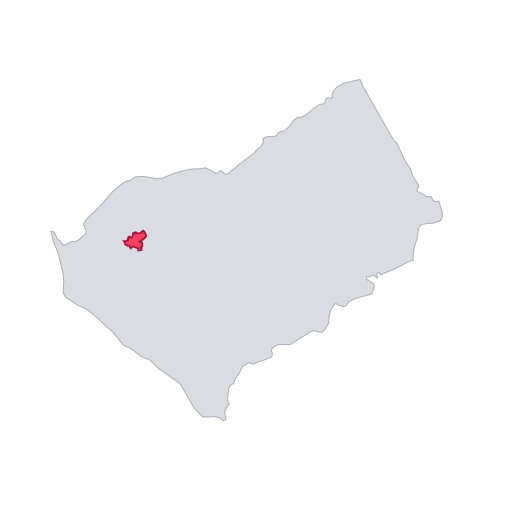 location of Bibiani-anhwiaso-bekwai Municipal, Western, Ghana, rotated 61°
{"feature_id": "2480657B81329004729189", "entity_name": "Bibiani-anhwiaso-bekwai Municipal", "entity_type": "district", "adm_level": 2, "iso_a3": "GHA", "parent_name": "Ghana", "parent_adm1": "Western", "projection": "orthographic", "projection_center": [-2.296, 6.295], "detail": "fine", "context": "in_parent", "style": "filled", "palette": "rose", "viewbox_px": 512, "rotation_deg": 61, "n_neighbors": 0, "source": "geoboundaries", "source_scale": "gbopen_adm2", "svg_char_len": 6508}
<svg xmlns="http://www.w3.org/2000/svg" viewBox="0 0 512 512"><g transform="rotate(61 256 256)"><path d="M309.9,72.4L313.6,75.9L314.4,77.9L313.1,85.4L310.5,90.7L308.8,95.7L309.1,98.1L310.7,100.6L316.3,104.5L319.2,107.0L322.6,110.8L326.5,114.5L333.2,119.3L336.0,120.2L335.9,121.5L335.0,123.4L334.5,141.5L334.0,146.2L333.6,148.5L333.0,155.3L332.3,156.3L331.0,156.2L329.9,156.5L329.6,157.8L330.1,159.2L334.1,160.2L333.2,161.2L330.3,162.1L328.9,164.2L329.5,166.5L327.9,168.4L328.4,169.6L329.4,170.5L331.1,170.2L335.8,167.0L337.8,166.7L340.2,167.3L344.7,172.1L344.9,174.4L343.2,182.4L341.4,188.6L341.1,196.8L343.1,201.4L342.8,203.9L340.8,206.1L336.2,209.3L336.6,211.5L338.7,215.5L342.6,220.0L350.3,225.5L354.4,232.7L354.5,235.7L352.2,238.7L349.5,241.2L348.6,245.0L350.0,269.3L344.0,279.9L344.0,282.9L344.6,286.4L346.2,288.5L349.3,289.0L351.9,291.1L351.0,298.5L349.7,306.1L349.5,309.7L348.8,311.5L346.4,312.9L345.6,315.3L346.2,318.2L345.7,320.4L347.1,323.2L349.8,326.7L354.3,335.4L356.0,336.1L356.8,337.9L356.3,339.7L358.1,343.5L363.1,347.4L368.3,350.7L372.5,351.1L373.5,354.2L376.3,358.0L378.3,359.6L381.5,360.7L384.1,361.3L384.3,364.5L379.5,366.8L376.4,370.1L374.0,375.3L370.6,380.9L359.0,383.9L354.5,383.9L330.7,384.2L308.4,395.3L295.5,399.3L287.6,405.5L276.9,410.0L269.5,415.3L254.1,417.9L228.7,426.4L220.8,429.7L212.7,435.6L199.7,442.5L194.5,442.4L184.3,436.0L176.6,432.8L157.8,427.8L143.8,425.9L137.0,423.8L135.1,423.5L136.7,421.1L140.6,421.0L144.7,421.7L147.9,420.0L152.4,419.7L153.6,417.9L154.0,413.3L154.0,409.5L155.6,407.9L156.0,403.4L153.7,393.7L152.1,392.6L144.0,391.2L143.4,389.2L141.9,387.2L140.3,382.2L138.6,374.7L135.7,365.4L130.2,350.1L128.9,344.7L127.9,339.1L127.7,332.6L128.9,330.1L128.7,326.7L128.2,323.3L132.1,315.5L139.7,306.0L141.3,302.6L142.7,300.2L142.9,296.8L144.3,285.6L147.9,272.2L150.2,267.2L151.8,264.4L153.6,259.9L154.1,257.9L161.1,252.6L164.3,251.2L165.0,249.1L163.9,246.8L164.4,245.3L166.1,244.5L168.6,243.9L170.5,241.7L167.6,225.2L165.2,208.7L165.1,207.3L163.7,205.0L162.3,198.2L159.9,194.2L156.7,193.1L156.7,189.3L160.0,183.0L160.9,179.2L159.3,178.1L159.0,175.2L160.2,170.6L159.6,167.7L159.0,164.6L155.6,157.4L154.8,152.3L156.5,149.3L156.5,142.8L154.7,132.7L154.4,126.3L155.6,123.7L155.0,121.1L152.5,118.7L152.4,116.4L154.5,114.2L154.2,112.4L151.6,111.1L149.2,108.0L147.2,103.1L147.6,95.2L151.6,80.7L152.1,79.5L156.5,79.6L156.5,80.2L170.4,80.1L186.3,79.9L205.2,79.7L222.4,79.5L223.2,78.9L226.0,78.1L243.4,79.5L254.3,78.8L258.9,79.2L262.3,80.2L269.8,79.6L273.8,79.9L276.8,83.5L278.0,83.5L279.7,82.0L282.7,80.2L285.8,78.8L287.9,76.0L289.2,73.8L291.2,74.3L294.1,74.1L296.0,72.3L296.7,69.5L309.9,72.4Z" fill="#d9dde1" stroke="#a8b0b8" stroke-width="1"/><path d="M187.2,362.2L187.4,362.1L187.5,362.1L187.8,362.0L188.0,362.0L188.3,362.0L188.4,361.9L188.8,361.8L187.8,358.9L188.4,358.7L189.6,357.9L190.8,356.7L191.1,356.5L191.6,355.8L192.1,355.3L192.2,355.6L192.4,355.8L192.5,355.8L192.8,355.9L193.0,355.9L193.4,356.1L193.6,356.1L193.7,356.3L194.0,356.5L194.0,356.4L194.1,356.0L194.3,355.8L194.5,355.6L194.6,355.4L194.6,355.2L194.8,355.0L194.8,354.8L194.9,354.6L195.0,354.5L195.1,354.4L195.1,354.2L195.2,353.9L195.3,353.7L195.1,353.5L195.3,353.5L195.4,353.2L194.9,353.0L194.8,352.9L194.2,352.4L193.7,352.4L193.4,352.4L193.2,352.5L193.1,352.4L192.8,352.5L192.6,352.7L192.6,352.9L192.5,352.7L192.5,352.4L192.5,352.1L192.4,352.0L192.4,351.8L192.5,351.7L192.5,351.4L192.7,351.2L192.5,350.9L192.4,350.7L192.2,350.4L192.0,350.2L191.8,350.1L191.5,350.1L191.3,350.1L191.1,350.1L190.9,349.8L190.4,349.6L190.3,349.4L189.9,349.3L189.7,349.1L189.4,349.3L189.0,349.5L188.9,349.5L188.2,349.7L188.0,350.0L187.8,350.3L187.8,350.5L187.6,350.6L187.5,350.9L187.4,350.9L187.3,351.0L187.2,351.0L186.9,351.3L186.7,351.6L186.6,351.8L186.6,351.6L186.7,351.4L186.7,351.1L186.8,351.0L186.9,350.6L187.1,350.5L187.2,350.3L187.2,350.2L187.1,349.9L187.2,349.7L187.3,349.6L187.2,349.5L187.3,349.2L187.2,349.2L187.1,348.4L186.9,348.2L187.0,348.2L186.9,348.1L186.9,347.9L186.9,347.6L186.9,347.3L186.8,347.1L186.7,346.9L186.6,346.6L186.7,346.3L186.7,346.1L186.4,346.0L186.3,345.9L186.4,345.7L186.4,345.4L186.4,345.2L186.5,345.2L186.3,344.8L186.4,344.7L186.4,344.3L186.4,344.2L186.1,343.7L186.1,343.4L185.9,343.3L185.9,343.1L185.8,342.9L185.7,342.7L185.4,342.7L185.3,342.4L185.2,342.4L185.0,342.2L184.8,342.0L184.8,341.9L184.5,341.8L184.4,341.8L184.2,341.9L183.6,342.0L183.0,341.8L182.7,341.8L182.4,342.0L182.2,342.2L181.9,342.2L181.8,341.9L181.7,341.9L181.6,342.0L181.4,341.9L181.1,341.8L180.3,341.8L180.2,341.7L180.1,341.8L180.1,342.0L179.8,342.3L179.7,342.3L179.4,342.2L179.2,342.3L178.9,342.5L178.9,342.8L179.0,343.0L179.4,343.3L179.5,343.5L179.5,343.9L179.2,344.2L179.2,344.3L179.4,344.3L179.4,344.5L179.5,344.7L179.6,344.9L179.6,345.0L179.8,345.1L179.5,347.1L179.4,347.4L179.2,347.6L179.1,347.8L178.8,348.0L178.7,348.4L178.5,348.6L178.4,349.0L178.2,349.4L178.0,349.5L177.9,349.5L178.0,349.6L177.9,349.7L177.8,349.8L177.8,350.1L177.7,350.1L177.2,350.2L177.1,350.4L177.1,350.5L177.2,350.9L176.6,350.5L176.6,351.9L176.4,352.4L176.5,352.4L176.6,352.6L176.8,352.6L176.8,352.8L177.0,352.8L177.2,353.0L177.3,353.2L177.3,353.3L177.6,353.7L177.9,353.7L178.2,353.8L178.3,353.9L178.4,354.0L178.5,354.1L178.6,354.3L178.6,354.5L178.8,354.7L178.9,354.8L179.0,354.8L179.3,355.0L179.5,355.3L179.5,355.5L179.6,355.9L179.4,356.1L179.2,356.2L178.9,356.2L178.8,356.4L178.7,356.5L178.6,356.8L178.5,357.1L178.3,357.2L178.3,357.3L178.1,357.3L178.0,357.2L177.9,357.2L178.0,357.2L177.9,357.1L177.7,357.1L177.5,357.3L177.5,357.5L177.6,357.8L177.5,358.0L177.8,358.1L178.0,358.2L178.0,358.3L178.0,358.2L178.0,358.3L178.1,358.5L178.1,358.8L178.0,359.0L178.3,359.0L178.5,359.1L178.9,359.4L179.0,359.4L179.2,359.5L179.3,359.6L179.3,359.8L179.5,359.8L179.5,360.0L179.8,360.1L179.7,360.2L179.8,360.2L179.8,360.3L179.8,360.5L180.1,360.5L180.1,360.9L180.2,361.1L180.1,361.3L180.0,361.5L179.9,361.6L179.9,361.8L179.9,362.0L179.7,362.2L179.9,362.4L179.9,362.5L180.0,362.7L179.9,362.9L179.9,363.0L179.7,363.3L179.5,363.7L179.3,363.8L179.1,363.9L179.1,364.0L178.9,364.2L178.8,364.5L179.0,364.4L179.3,364.3L179.5,364.3L179.9,364.4L180.3,364.5L180.5,364.5L180.8,364.5L181.0,364.5L181.3,364.8L181.5,364.8L181.7,364.7L181.8,364.7L182.2,364.8L182.5,364.6L182.8,364.4L183.0,364.4L183.3,364.5L183.3,364.4L183.5,364.1L183.7,363.7L183.9,363.6L184.0,363.3L184.9,363.4L184.8,363.1L185.0,362.7L184.9,362.6L185.2,362.3L185.4,362.3L185.7,362.2L186.4,361.7L186.5,361.7L186.7,361.9L187.1,362.0L187.2,362.2Z" fill="#f43f5e" stroke="#9f1239" stroke-width="1.5"/></g></svg>